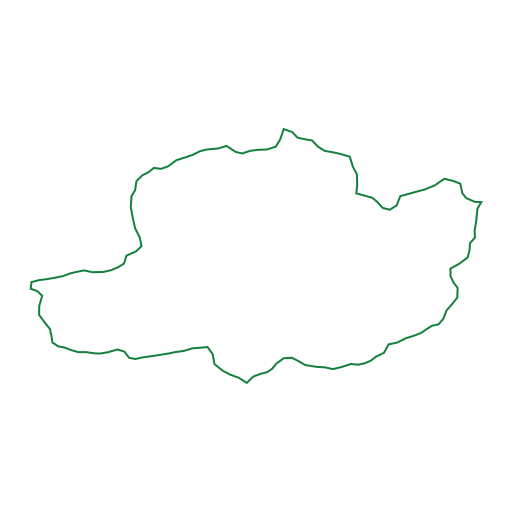 outline of Alagoa, Minas Gerais, Brazil
{"feature_id": "56859067B6627206696015", "entity_name": "Alagoa", "entity_type": "district", "adm_level": 2, "iso_a3": "BRA", "parent_name": "Brazil", "parent_adm1": "Minas Gerais", "projection": "mercator", "projection_center": [-44.664, -22.183], "detail": "fine", "context": "isolated", "style": "outline", "palette": "green", "viewbox_px": 512, "rotation_deg": 0, "n_neighbors": 0, "source": "geoboundaries", "source_scale": "gbopen_adm2", "svg_char_len": 1962}
<svg xmlns="http://www.w3.org/2000/svg" viewBox="0 0 512 512"><path d="M226.5,145.9L218.7,148.4L206.7,149.5L200.0,151.2L192.7,154.9L185.3,157.4L176.3,160.2L168.0,166.4L160.8,168.9L153.9,167.9L148.5,172.2L142.2,175.4L136.4,181.2L135.1,190.2L131.5,196.1L130.8,207.5L132.8,218.0L135.1,228.2L139.8,237.6L141.5,246.2L136.2,251.3L126.5,255.6L124.0,263.6L117.8,267.4L111.4,270.1L103.1,272.0L92.4,272.2L84.0,270.4L76.2,272.0L70.2,273.4L62.8,276.2L53.5,278.0L47.1,279.1L39.2,280.1L31.5,282.1L30.7,288.8L37.1,291.0L42.2,295.7L39.2,306.2L39.1,314.9L44.4,322.1L49.9,329.0L51.4,335.7L52.5,342.6L58.2,346.3L65.1,347.7L71.5,350.2L78.3,352.1L86.0,352.1L93.3,353.2L99.7,353.6L108.4,352.1L117.4,349.5L124.4,351.6L129.1,357.8L135.4,359.0L142.4,357.4L150.1,356.4L159.2,355.0L168.5,353.5L175.3,352.1L184.0,350.9L192.1,348.4L200.7,347.7L207.5,347.0L212.7,354.2L214.4,364.0L222.4,370.5L230.1,374.6L238.7,377.7L246.8,382.9L253.2,376.6L260.9,373.7L266.9,372.3L272.2,368.7L276.3,363.7L283.7,358.2L291.9,357.8L298.7,361.2L305.1,365.0L311.7,366.1L317.8,367.0L324.8,367.3L332.8,369.1L341.6,367.0L350.9,364.0L358.2,364.7L364.6,363.3L370.6,360.8L376.0,356.7L383.9,352.9L388.6,344.4L397.1,342.6L405.7,338.3L413.4,335.9L421.2,332.9L426.5,329.2L432.1,325.7L438.5,324.3L443.2,319.1L446.5,310.5L452.2,304.0L457.3,297.6L457.6,287.9L453.5,282.4L450.5,276.2L450.5,268.6L459.6,263.5L467.6,257.5L469.6,250.1L469.9,243.2L475.0,237.6L474.6,230.7L476.3,220.3L477.4,208.8L481.3,202.1L475.0,201.9L466.3,198.2L462.3,193.1L460.3,183.7L453.1,180.9L444.3,178.8L434.8,185.3L424.7,189.5L415.3,192.0L407.1,194.3L400.3,196.1L396.7,205.4L389.9,209.7L382.6,207.9L377.3,201.9L372.3,197.8L365.9,196.0L356.3,193.4L357.2,184.8L356.9,174.3L352.9,166.8L349.8,156.7L339.5,153.7L331.5,152.0L324.8,150.9L318.1,146.8L312.1,140.4L304.4,139.2L297.4,137.6L292.3,132.1L283.7,129.1L280.3,139.2L275.9,146.6L266.9,149.5L258.2,149.8L249.9,150.9L242.2,153.5L235.7,151.9L226.5,145.9Z" fill="none" stroke="#15803d" stroke-width="2"/></svg>